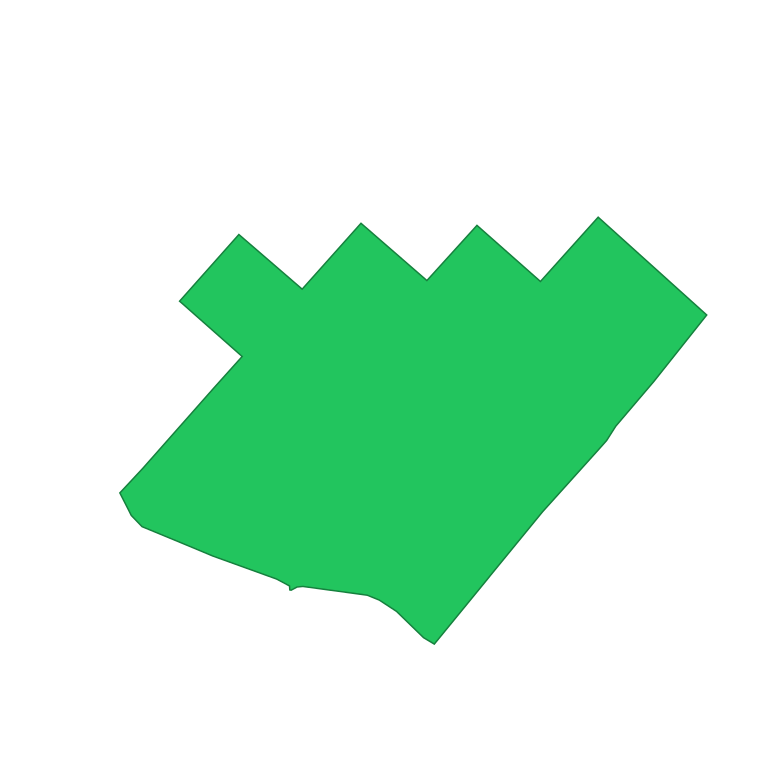 Lorain, Ohio, United States of America, rotated 221°
{"feature_id": "52423323B65155384259912", "entity_name": "Lorain", "entity_type": "district", "adm_level": 2, "iso_a3": "USA", "parent_name": "United States of America", "parent_adm1": "Ohio", "projection": "mercator", "projection_center": [-82.147, 41.29], "detail": "fine", "context": "isolated", "style": "filled", "palette": "green", "viewbox_px": 768, "rotation_deg": 221, "n_neighbors": 0, "source": "geoboundaries", "source_scale": "gbopen_adm2", "svg_char_len": 615}
<svg xmlns="http://www.w3.org/2000/svg" viewBox="0 0 768 768"><g transform="rotate(221 384 384)"><path d="M591.6,401.6L592.6,312.4L509.1,311.7L509.8,269.9L510.7,162.1L511.9,128.5L493.8,121.2L488.5,119.0L473.0,117.6L428.9,132.4L400.2,141.9L337.2,166.3L322.8,169.6L320.0,166.8L318.8,167.5L316.4,173.8L312.4,178.0L258.1,213.6L245.9,217.8L225.4,220.6L187.7,218.5L175.4,220.7L177.9,304.5L178.1,309.1L180.5,391.6L179.0,476.7L178.9,487.4L181.4,504.2L182.0,563.0L185.7,647.8L331.8,650.4L333.2,564.0L417.9,564.7L419.5,490.2L506.8,490.2L508.0,401.9L591.6,401.6Z" fill="#22c55e" stroke="#15803d" stroke-width="1.5"/></g></svg>